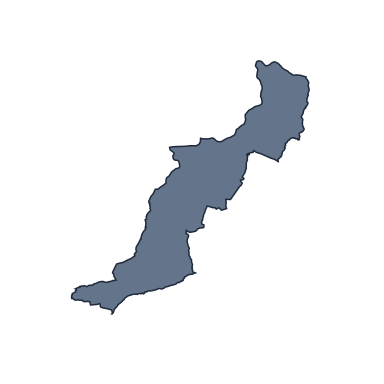 Ramiriquí, Boyacá, Colombia, rotated 234°
{"feature_id": "7082276B59732311285528", "entity_name": "Ramiriquí", "entity_type": "district", "adm_level": 2, "iso_a3": "COL", "parent_name": "Colombia", "parent_adm1": "Boyacá", "projection": "natural_earth1", "projection_center": [-73.321, 5.328], "detail": "fine", "context": "isolated", "style": "filled", "palette": "slate", "viewbox_px": 384, "rotation_deg": 234, "n_neighbors": 0, "source": "geoboundaries", "source_scale": "gbopen_adm2", "svg_char_len": 6062}
<svg xmlns="http://www.w3.org/2000/svg" viewBox="0 0 384 384"><g transform="rotate(234 192 192)"><path d="M182.2,40.9L181.8,41.2L180.7,41.0L180.8,39.9L179.6,39.3L180.1,35.8L180.0,35.0L179.0,34.6L178.9,33.7L178.1,33.0L177.3,32.9L176.9,32.2L176.4,32.1L175.8,33.1L173.8,33.5L172.8,34.4L172.1,36.0L170.8,37.1L169.4,39.0L168.6,39.7L167.5,39.7L166.6,40.4L164.4,43.8L163.6,44.3L163.1,44.8L160.2,43.5L156.6,49.6L155.9,51.7L155.2,51.7L153.1,50.5L152.3,50.6L150.6,51.8L147.6,54.7L144.0,57.5L143.3,57.6L142.0,56.8L140.7,56.5L140.5,55.6L140.3,55.9L140.5,56.9L141.3,58.3L142.3,59.5L143.0,61.2L143.4,63.7L144.4,66.5L144.3,67.9L144.4,70.0L144.6,71.3L145.0,72.1L144.8,72.9L144.8,73.7L145.4,74.3L145.6,75.1L145.6,78.9L143.5,85.2L142.7,85.9L141.4,87.5L140.8,89.9L139.5,91.0L139.5,92.4L139.1,92.8L138.4,92.7L138.0,92.9L138.2,94.6L138.8,95.2L138.4,96.1L137.7,96.7L137.7,98.8L136.6,99.8L135.7,101.5L134.0,105.6L133.5,108.2L133.0,109.0L131.4,110.4L131.1,111.1L130.7,112.9L130.8,115.1L129.9,116.3L129.0,119.6L127.3,123.7L127.0,125.1L127.3,127.2L126.3,128.2L126.3,130.3L125.7,131.1L126.0,131.9L125.7,132.9L126.6,133.6L126.8,135.3L127.5,135.6L127.7,135.9L127.3,137.3L127.3,139.0L127.0,140.7L126.7,141.7L125.2,144.0L125.0,146.2L124.6,147.2L125.2,146.9L126.2,145.9L127.0,145.8L127.6,145.9L128.7,146.8L129.2,146.6L129.8,146.8L130.4,147.7L130.8,148.0L131.5,147.9L132.0,148.7L133.1,149.8L135.7,150.5L137.3,151.7L139.5,151.8L140.6,152.2L142.8,152.5L144.6,153.9L146.8,155.0L147.9,156.6L148.5,156.9L150.4,157.1L154.6,158.8L156.6,160.5L158.1,163.0L158.6,163.5L159.3,163.7L160.1,163.7L160.9,163.4L161.6,162.7L162.0,162.7L164.3,164.9L163.8,165.2L162.0,165.5L161.0,166.3L160.0,167.7L158.2,171.7L158.2,173.2L158.8,175.0L158.6,176.0L157.8,178.0L156.4,180.3L156.4,180.6L158.1,182.2L158.5,182.3L159.8,181.3L161.4,181.6L162.0,182.1L163.8,184.8L165.0,185.9L165.5,186.8L167.1,188.4L168.0,190.3L170.0,192.9L170.6,194.3L171.7,196.1L166.9,199.8L165.4,201.6L164.0,201.5L163.6,202.8L163.7,203.8L163.5,204.3L162.5,204.7L160.0,205.1L158.2,210.2L160.7,211.1L163.4,213.5L166.2,215.1L163.3,218.7L168.5,233.9L168.6,235.9L169.7,237.9L173.0,237.9L173.2,238.7L171.9,240.4L172.2,241.8L173.3,241.9L174.0,241.5L174.6,241.7L175.5,243.6L176.4,245.9L179.4,250.0L180.9,250.9L182.4,252.2L183.6,253.0L184.5,254.2L185.1,255.5L187.3,256.8L187.7,257.8L188.2,258.0L189.8,258.0L190.2,259.1L190.0,259.8L189.1,259.3L188.6,260.1L188.6,260.4L189.2,260.7L189.7,261.5L189.6,262.2L188.2,264.5L188.2,264.8L189.3,266.2L186.2,267.4L181.9,270.6L173.3,275.5L169.9,278.0L165.9,279.7L166.2,280.0L167.5,280.2L167.7,280.5L168.2,283.4L168.2,284.8L168.7,285.3L168.9,286.2L170.0,287.0L170.1,287.6L171.0,288.2L171.3,288.7L171.7,290.9L172.5,292.8L172.7,293.1L173.7,293.2L173.7,293.6L174.5,294.0L174.7,295.1L175.2,295.5L176.0,295.7L176.5,296.2L176.2,297.0L176.2,297.6L177.0,299.7L176.9,301.6L177.4,302.3L177.5,302.7L177.0,304.0L176.8,305.4L176.6,305.8L175.5,306.1L174.9,307.2L173.9,307.3L173.6,307.6L173.2,308.7L171.8,308.4L171.5,308.7L171.4,309.8L172.6,310.5L173.5,311.8L175.7,312.6L176.3,313.2L176.5,314.5L176.0,315.6L175.9,317.1L176.5,318.9L176.9,319.7L180.9,320.6L184.1,322.7L184.9,323.8L185.6,324.3L186.9,324.5L188.2,324.3L188.6,324.5L190.3,328.0L192.7,330.7L193.0,331.6L193.2,333.5L193.5,333.8L193.8,333.5L194.1,333.8L194.2,335.5L195.6,338.0L196.1,338.3L196.7,338.0L197.7,338.2L199.2,339.2L201.4,341.9L201.9,343.0L203.4,343.4L203.7,343.7L204.2,344.8L205.6,346.7L206.6,347.3L208.1,347.8L210.4,349.0L211.8,350.7L214.4,351.2L217.3,351.1L217.8,351.3L218.2,351.9L220.3,350.1L221.9,349.0L223.3,347.7L225.5,345.1L227.0,342.5L227.8,342.1L228.9,342.0L231.8,340.6L232.7,340.7L233.9,340.3L235.9,339.2L237.7,338.5L239.5,337.9L241.4,337.9L245.2,337.3L247.9,336.0L249.0,335.0L249.5,333.1L249.6,331.9L249.3,328.8L250.7,325.9L251.3,325.5L252.5,325.5L254.2,325.2L256.2,325.1L257.5,324.4L258.8,323.2L259.4,321.7L259.3,321.2L259.2,320.6L257.0,317.7L256.2,317.4L252.6,317.3L251.6,316.6L250.6,315.3L247.7,312.6L246.8,312.1L245.1,312.0L243.9,312.6L241.8,312.4L236.2,310.6L234.9,309.9L233.9,309.1L233.6,308.4L231.9,306.3L229.6,304.2L228.9,303.6L226.7,303.2L225.6,302.7L222.9,301.1L222.4,300.3L222.2,298.5L222.5,297.3L224.0,293.4L224.2,292.3L224.1,290.5L224.7,285.8L223.3,280.6L221.8,279.4L219.1,278.0L217.8,276.4L216.4,274.3L216.7,270.2L216.5,268.1L216.2,266.6L216.5,264.8L216.0,264.0L215.3,263.4L214.5,262.4L213.8,261.2L213.1,259.4L213.5,257.5L213.5,255.9L214.9,251.8L215.5,245.8L215.9,244.4L217.5,242.6L218.6,242.0L220.1,241.5L221.6,241.3L222.9,240.9L223.5,240.4L224.1,239.6L225.3,236.5L228.8,231.8L230.4,230.5L227.5,228.0L226.7,226.3L226.6,225.2L226.8,223.0L227.4,221.8L229.9,218.7L233.4,212.7L236.4,208.4L240.1,202.7L241.3,200.1L239.4,199.2L238.5,199.2L234.8,200.3L233.7,200.2L233.3,199.7L232.5,197.8L230.4,196.6L229.5,196.4L228.3,196.7L227.6,197.1L226.2,198.8L225.4,199.1L224.6,199.2L222.3,198.5L219.5,196.8L219.3,195.3L219.7,193.9L220.3,192.9L220.2,187.7L219.7,186.0L218.4,182.9L218.4,180.1L217.7,178.7L216.0,177.3L214.6,176.4L214.3,173.3L214.5,170.1L214.4,165.8L215.8,164.0L213.5,159.7L212.3,155.4L211.4,154.4L210.2,152.0L209.5,151.2L208.4,150.9L208.3,151.1L208.8,151.4L207.8,151.3L207.1,150.8L206.6,150.1L205.2,149.8L204.2,149.2L203.5,148.4L202.7,148.3L201.3,147.5L201.3,146.1L201.0,145.9L200.9,144.5L200.3,143.1L200.3,142.3L199.8,141.9L199.1,140.6L196.8,139.3L197.2,137.9L193.8,136.4L190.8,133.5L190.8,134.3L190.5,134.3L188.9,131.6L188.7,130.0L187.6,127.4L186.3,125.4L184.3,123.3L184.3,122.7L183.7,122.6L183.8,122.0L182.4,119.4L180.3,114.6L179.4,113.6L177.8,112.5L176.3,111.9L176.1,111.3L176.1,110.4L175.8,109.3L175.4,108.7L173.9,108.3L174.1,102.7L174.8,100.6L174.7,99.1L175.1,98.6L175.3,96.4L175.9,93.9L176.5,92.8L178.0,88.9L177.4,87.3L174.3,81.6L173.3,80.2L171.5,80.4L169.1,79.1L167.8,79.3L166.4,78.7L165.4,78.9L166.2,76.9L166.9,76.1L166.9,75.5L167.9,72.8L169.4,69.3L170.0,68.7L171.8,67.5L172.3,67.0L173.4,64.9L174.0,63.6L174.3,61.0L175.3,58.5L175.1,56.5L175.6,56.2L176.2,54.9L177.0,54.0L177.2,52.7L177.1,51.8L177.3,51.4L177.6,51.0L179.3,50.0L180.9,47.2L181.5,45.7L180.9,45.6L181.7,43.6L182.2,40.9Z" fill="#64748b" stroke="#1e293b" stroke-width="1.5"/></g></svg>